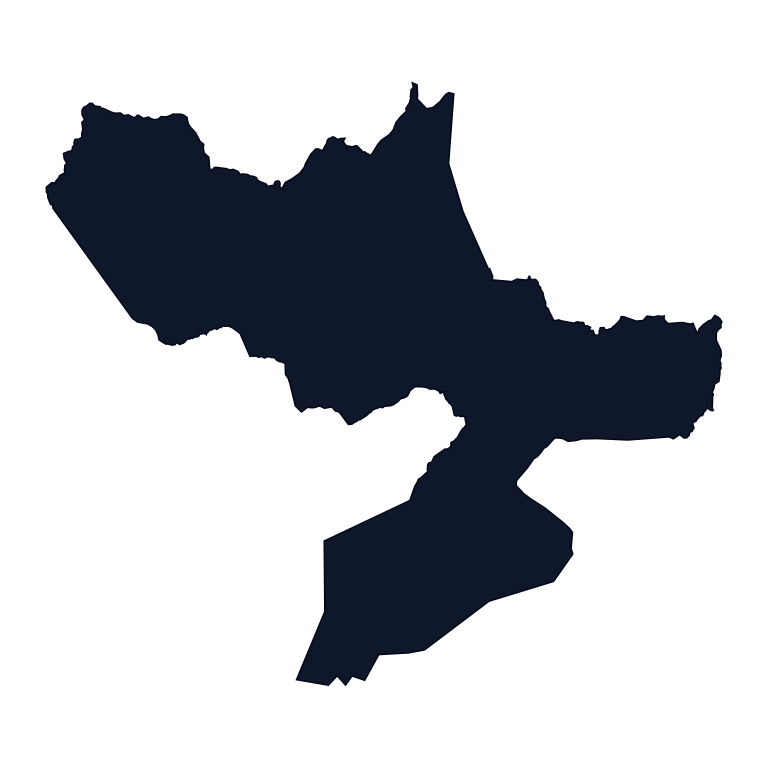 outline of Offinso North, Ashanti, Ghana
{"feature_id": "2480657B15542052325310", "entity_name": "Offinso North", "entity_type": "district", "adm_level": 2, "iso_a3": "GHA", "parent_name": "Ghana", "parent_adm1": "Ashanti", "projection": "robinson", "projection_center": [-1.916, 7.28], "detail": "fine", "context": "isolated", "style": "filled", "palette": "ink", "viewbox_px": 768, "rotation_deg": 0, "n_neighbors": 0, "source": "geoboundaries", "source_scale": "gbopen_adm2", "svg_char_len": 6072}
<svg xmlns="http://www.w3.org/2000/svg" viewBox="0 0 768 768"><path d="M296.5,679.7L328.4,685.2L337.2,675.8L345.5,685.1L352.1,676.0L364.7,680.3L378.8,654.6L408.4,652.9L424.5,649.9L489.0,601.2L553.6,581.4L572.8,554.0L571.1,548.5L572.5,532.6L569.6,528.5L562.9,522.3L544.9,508.0L529.9,498.3L523.7,493.6L516.3,485.7L516.3,481.7L517.2,479.8L527.9,467.3L528.7,465.6L529.7,464.8L533.7,458.8L537.1,456.8L540.3,453.3L544.0,448.2L546.5,446.9L554.7,438.1L557.5,437.9L563.0,438.6L568.0,441.4L576.7,440.4L581.7,438.9L596.9,438.6L627.8,440.0L669.2,436.9L673.3,438.8L679.8,434.6L683.9,438.0L686.7,437.8L689.1,435.4L689.9,431.9L691.6,431.7L692.2,431.1L694.0,427.8L693.0,425.3L692.9,423.4L693.3,422.5L696.4,420.9L696.6,419.8L700.7,415.4L702.0,415.8L703.0,414.7L703.9,412.2L706.6,409.2L707.1,407.6L707.9,407.9L709.1,409.4L711.2,410.5L712.6,410.7L713.4,410.2L712.3,408.2L712.6,397.2L713.3,394.3L712.2,392.4L714.0,388.2L714.7,384.0L718.9,381.5L720.0,373.4L719.8,370.7L721.2,367.8L720.5,366.0L721.0,363.8L719.9,360.9L720.2,358.6L721.3,356.0L721.0,350.4L716.3,340.3L716.4,332.6L718.4,329.6L720.6,327.9L721.1,327.1L720.8,324.8L721.9,321.9L719.9,318.7L717.8,316.9L714.8,315.4L711.4,320.1L708.9,320.6L703.1,324.8L699.0,329.1L698.1,332.2L697.1,333.0L693.0,323.3L690.5,324.1L682.3,322.5L668.6,323.5L666.7,322.4L664.4,319.5L664.1,318.9L664.2,315.9L662.2,316.4L657.9,315.9L654.1,316.9L646.9,316.1L643.1,320.5L636.2,321.1L623.5,316.6L621.1,316.7L620.2,319.6L618.6,321.5L614.4,325.8L612.8,326.7L611.8,328.3L605.9,330.1L605.3,329.9L604.1,327.7L600.4,327.6L599.0,331.4L599.7,332.7L597.7,335.6L594.5,334.6L593.1,330.5L589.5,330.3L589.4,329.5L590.6,327.5L590.3,327.2L587.6,325.9L584.6,325.9L583.7,322.8L582.6,322.2L581.3,322.6L577.3,321.8L573.7,323.1L560.5,320.7L559.8,320.1L558.3,319.9L555.7,320.6L553.6,320.1L549.1,311.2L548.4,309.0L545.8,306.7L545.7,302.5L544.1,298.5L542.9,292.7L541.0,289.7L540.6,288.8L540.8,287.9L538.1,284.5L538.3,283.0L536.3,280.0L535.0,279.3L531.1,279.8L529.6,276.2L529.2,276.2L528.4,277.5L527.9,279.5L525.9,280.0L516.9,279.1L511.9,281.6L492.3,279.9L492.7,276.4L490.0,269.4L489.7,268.7L488.3,268.7L462.9,211.3L448.6,163.6L453.8,93.9L448.7,92.6L445.6,94.5L439.8,101.8L433.1,107.4L426.5,108.7L417.2,98.9L417.6,96.0L417.1,84.8L412.3,82.8L413.2,86.8L412.9,87.9L411.1,89.8L410.4,97.0L410.7,98.3L409.8,101.0L409.8,102.2L405.8,108.6L406.4,111.2L400.6,116.7L396.0,122.5L393.2,129.9L389.3,134.7L381.2,140.3L377.6,144.7L371.0,155.4L366.4,153.2L365.0,151.9L363.1,152.0L357.1,145.9L355.8,145.7L352.1,146.8L346.8,145.8L345.6,144.9L343.2,141.4L345.0,138.2L340.9,138.5L337.6,139.5L334.0,137.0L332.0,137.0L331.3,137.8L328.7,138.6L327.5,139.9L326.5,143.6L323.5,148.7L323.4,150.3L321.8,150.3L317.7,148.8L315.9,148.9L310.9,154.0L305.4,163.8L304.6,166.8L299.6,173.4L291.2,179.3L285.4,182.3L283.2,186.2L282.0,189.4L279.6,185.9L280.2,184.1L279.5,181.5L278.0,180.9L275.4,181.4L274.2,183.9L274.8,185.0L267.2,186.3L266.8,184.7L265.5,183.6L260.4,181.8L257.6,180.1L256.2,177.5L253.6,176.4L250.1,175.9L247.7,174.5L242.0,173.9L240.2,174.7L238.3,171.6L233.0,169.3L230.1,170.0L226.3,168.6L215.8,167.3L214.3,167.6L212.4,169.7L209.8,169.1L208.8,157.2L204.1,152.9L203.3,147.8L203.7,144.3L200.1,141.4L195.6,132.7L190.4,127.1L188.8,124.7L187.8,121.9L187.0,117.3L183.6,115.0L181.0,114.2L172.7,114.1L171.0,115.3L166.1,116.9L161.0,116.6L158.1,119.2L154.4,119.7L150.6,118.5L148.5,117.0L144.4,118.2L142.9,118.1L138.3,115.1L136.9,115.6L134.7,117.9L128.2,114.8L123.8,115.6L120.5,113.0L114.8,113.2L111.8,112.3L103.5,108.5L100.6,108.1L100.5,107.0L100.0,106.7L94.7,105.9L92.3,103.4L89.9,103.2L86.6,106.0L83.8,107.2L82.0,110.0L82.0,114.8L83.4,117.1L84.5,120.3L82.4,121.6L81.9,122.6L82.8,129.3L81.8,133.3L81.8,137.2L78.7,139.2L75.5,139.2L74.8,139.7L74.0,142.4L74.1,145.5L72.5,146.8L72.3,149.8L71.6,150.2L71.4,151.3L69.2,151.2L63.5,153.4L64.2,158.8L66.4,162.7L66.3,163.8L64.9,165.2L64.4,170.1L64.9,172.7L59.5,175.7L58.3,178.6L56.3,180.3L54.9,183.0L52.3,182.6L51.3,183.0L47.0,186.6L46.1,187.8L46.5,189.2L46.3,191.6L46.6,192.6L47.5,193.1L47.8,197.4L49.8,202.8L50.7,204.5L52.6,205.2L53.1,208.5L132.4,318.4L137.6,322.1L147.6,323.9L152.1,326.4L155.6,329.8L157.8,334.4L159.1,340.0L165.7,344.1L167.9,344.0L171.6,345.1L174.8,344.8L176.5,342.9L178.0,343.3L179.4,344.5L182.9,343.3L184.9,341.9L188.0,338.4L189.3,339.2L190.7,338.0L192.3,338.5L194.3,337.3L198.1,336.6L199.0,335.8L199.6,334.0L201.4,334.1L203.8,333.2L204.2,333.8L205.3,333.7L206.3,334.6L206.3,333.9L208.6,331.5L208.9,330.7L210.7,329.7L211.3,330.1L212.0,329.4L212.8,329.5L214.5,328.1L216.5,329.4L218.5,328.5L219.7,327.2L221.5,327.5L222.2,325.4L222.9,325.7L223.7,325.3L223.8,326.3L228.5,326.1L232.5,327.8L240.1,333.5L250.0,356.5L252.1,355.9L253.9,356.4L256.1,355.9L258.4,357.3L261.1,356.7L262.4,356.8L264.4,358.1L266.9,356.9L269.8,356.8L271.2,357.5L274.6,357.6L276.4,360.0L279.3,361.6L281.9,362.0L285.1,363.5L285.5,374.6L288.2,378.3L289.9,383.5L295.3,405.9L301.5,412.0L307.4,407.4L312.4,407.8L315.4,407.4L318.6,406.1L320.7,406.4L324.4,408.3L331.8,407.0L335.3,411.0L338.8,411.9L339.6,412.6L348.4,424.5L351.9,424.2L355.1,421.9L356.5,421.6L357.8,420.2L359.8,419.8L365.7,416.2L368.3,414.0L368.7,412.7L370.1,412.8L371.6,411.5L372.0,410.4L374.6,409.1L380.9,406.9L382.2,407.8L384.7,406.2L390.5,405.8L393.4,404.7L398.1,401.5L400.7,398.6L403.7,398.0L406.6,396.6L407.9,395.2L410.2,390.5L415.0,386.7L422.2,386.8L427.1,387.7L430.0,389.1L434.3,388.9L434.7,389.3L436.1,389.3L437.2,390.4L439.1,391.1L439.7,392.7L440.3,392.3L440.5,393.3L440.9,393.3L441.0,392.3L442.3,392.1L442.6,392.5L443.9,391.4L444.0,394.6L446.0,399.2L448.6,402.1L449.0,403.1L450.1,403.3L450.6,404.4L452.2,405.8L454.3,415.0L456.2,416.1L458.5,415.6L460.5,416.6L463.2,416.2L464.6,417.1L465.6,416.6L465.0,418.6L466.3,424.4L464.3,427.6L462.9,428.3L460.3,432.1L457.7,437.1L453.7,441.3L451.4,442.2L450.8,443.4L451.2,444.4L450.4,446.7L449.4,447.8L446.3,449.4L445.2,448.9L435.8,455.4L434.1,456.9L431.6,462.2L429.1,462.8L428.0,464.0L427.5,465.9L427.8,467.0L427.3,468.4L427.6,471.7L419.6,478.9L418.6,478.9L417.2,482.3L415.0,485.8L409.8,500.5L324.2,541.0L324.8,611.6L296.5,679.7Z" fill="#0f172a" stroke="#020617" stroke-width="1.5"/></svg>